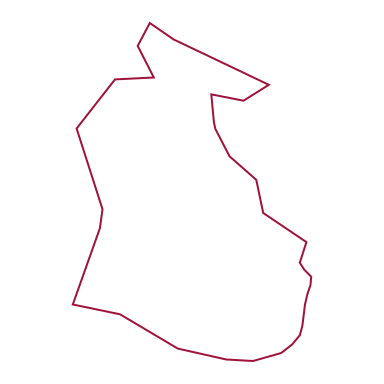 Križevci, orthographic projection
{"feature_id": "SVN-266", "entity_name": "Križevci", "entity_type": "Municipality", "adm_level": 1, "iso_a3": "SVN", "parent_name": "Slovenia", "parent_adm1": "", "projection": "orthographic", "projection_center": [16.14, 46.575], "detail": "fine", "context": "isolated", "style": "outline", "palette": "rose", "viewbox_px": 384, "rotation_deg": 0, "n_neighbors": 0, "source": "natural_earth", "source_scale": "10m", "svg_char_len": 512}
<svg xmlns="http://www.w3.org/2000/svg" viewBox="0 0 384 384"><path d="M149.8,23.0L173.5,39.4L268.8,84.8L243.5,100.7L211.3,94.4L213.9,122.1L215.3,128.8L229.6,156.4L256.3,179.9L263.2,213.0L306.4,242.1L299.8,262.7L304.2,269.6L311.2,276.7L310.5,285.0L307.5,293.7L305.0,304.4L302.4,325.6L299.9,335.1L292.2,344.4L281.2,353.0L253.0,361.0L226.3,359.5L177.8,348.6L120.0,314.3L72.8,304.5L99.9,228.2L102.5,209.2L76.6,128.5L115.0,79.4L153.8,77.5L137.7,45.9L149.8,23.0Z" fill="none" stroke="#9f1239" stroke-width="2"/></svg>